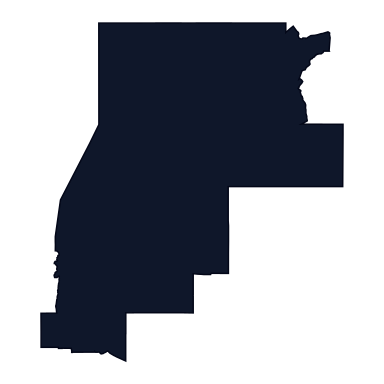 Flinders Ranges, South Australia, Australia (Albers equal-area conic projection)
{"feature_id": "25037944B48952282466613", "entity_name": "Flinders Ranges", "entity_type": "district", "adm_level": 2, "iso_a3": "AUS", "parent_name": "Australia", "parent_adm1": "South Australia", "projection": "albers", "projection_center": [138.36, -32.133], "detail": "fine", "context": "isolated", "style": "filled", "palette": "ink", "viewbox_px": 384, "rotation_deg": 0, "n_neighbors": 0, "source": "geoboundaries", "source_scale": "gbopen_adm2", "svg_char_len": 4297}
<svg xmlns="http://www.w3.org/2000/svg" viewBox="0 0 384 384"><path d="M342.7,186.6L342.7,186.1L343.0,134.3L343.0,124.3L301.3,124.2L307.2,120.9L307.2,120.3L306.7,117.8L306.8,116.9L306.7,116.0L306.4,115.2L305.9,113.2L305.9,109.7L305.5,108.2L305.7,105.0L305.0,103.0L304.9,102.9L304.3,102.0L303.9,101.6L303.1,100.5L302.7,99.5L302.6,99.1L302.8,98.7L302.1,96.3L301.4,96.2L300.2,91.9L300.6,91.6L300.8,91.1L300.8,90.6L300.4,90.2L298.7,89.3L298.6,88.6L298.2,88.2L298.9,87.7L299.0,87.2L299.0,86.7L300.4,84.6L300.9,84.2L301.9,83.0L302.2,82.3L302.7,81.6L302.6,81.4L301.5,79.9L300.9,79.5L300.3,79.0L300.0,78.8L299.3,79.0L299.0,79.2L301.9,71.0L303.9,69.9L304.4,70.0L305.1,69.8L306.5,67.1L307.0,66.8L307.3,66.8L308.5,65.7L309.0,65.4L310.0,64.2L309.9,63.4L309.8,63.0L309.6,62.7L309.5,62.1L309.6,61.8L309.6,61.7L309.6,61.4L309.6,61.1L309.5,60.9L309.7,60.7L309.9,60.2L310.1,60.0L310.3,59.7L310.5,59.5L310.7,59.4L310.9,59.2L311.1,58.8L311.3,58.7L311.5,58.7L311.9,58.7L312.0,58.7L312.3,58.4L312.4,58.2L312.6,58.0L312.7,57.9L312.8,57.7L313.0,57.5L313.2,57.4L313.3,57.4L313.6,57.3L313.8,57.2L314.0,57.1L314.2,56.9L314.4,56.9L314.5,56.8L314.5,56.7L314.6,56.2L314.8,55.9L315.1,55.8L315.4,55.7L315.5,55.7L315.9,55.4L316.0,54.9L316.7,54.3L317.3,54.3L317.5,54.0L317.9,54.3L318.8,53.7L319.6,53.9L321.5,53.7L322.2,53.0L322.7,52.8L323.2,52.2L323.4,51.9L323.6,51.1L329.3,51.1L329.1,50.6L330.1,37.8L329.4,34.1L329.7,33.1L329.3,32.8L329.1,32.5L328.7,32.3L328.4,32.1L327.5,32.4L327.5,32.0L324.2,33.0L322.2,33.6L321.5,33.6L319.7,34.1L318.1,34.6L316.9,34.9L314.8,35.3L310.9,35.6L307.9,37.4L307.4,37.9L306.7,38.3L306.1,38.5L306.2,38.2L302.9,38.0L301.8,39.1L300.1,38.7L298.8,37.8L298.3,36.1L298.1,35.3L298.5,34.7L298.7,34.0L298.5,33.0L298.3,32.5L298.0,32.1L297.8,32.0L296.8,31.2L293.2,26.2L290.2,28.6L285.8,32.5L285.8,23.1L274.0,23.1L257.2,23.1L236.1,23.1L228.4,23.0L215.5,23.0L204.8,23.0L201.7,23.0L189.4,23.1L174.3,23.0L135.6,23.1L98.8,23.1L98.9,124.6L94.2,134.2L89.6,143.6L67.4,186.6L60.5,199.9L55.3,236.6L55.3,241.6L55.4,244.7L55.3,250.8L56.8,250.8L57.1,251.3L58.3,252.1L58.8,253.0L59.2,254.8L58.7,255.2L58.2,255.3L57.9,255.6L57.9,256.2L57.6,257.2L57.5,257.4L57.0,257.6L57.1,258.6L56.8,259.8L57.4,260.7L56.5,261.3L55.8,261.4L55.3,261.3L54.5,262.3L54.3,263.5L55.0,263.6L55.9,264.8L57.4,266.5L57.4,266.8L57.1,267.0L57.2,267.3L56.9,267.9L56.9,268.3L56.7,268.9L56.8,269.4L57.0,269.5L57.1,270.0L57.2,270.6L56.9,271.4L56.4,271.9L56.1,272.1L55.6,272.1L55.0,273.0L55.0,273.4L55.2,273.8L54.4,274.6L54.1,275.2L54.5,277.1L54.7,277.5L57.0,277.5L57.6,276.9L58.4,276.2L59.1,276.1L59.3,276.5L59.2,277.1L59.2,277.9L59.3,278.2L59.3,278.8L59.0,279.2L59.3,279.9L59.3,280.5L59.1,280.7L59.2,281.4L59.0,282.1L59.1,282.5L58.9,282.8L58.6,283.4L58.6,284.4L58.3,285.2L58.4,285.4L58.5,286.0L58.4,286.0L58.2,286.9L58.2,288.6L58.3,289.0L57.7,290.2L57.7,290.8L57.9,291.7L57.8,292.6L58.2,293.0L57.8,295.0L57.5,295.4L57.6,296.0L57.1,297.0L57.3,297.3L57.3,297.5L57.3,297.9L57.1,299.3L56.8,299.6L56.2,304.4L55.9,305.3L55.8,306.1L55.8,306.7L56.3,308.9L56.5,311.4L56.7,313.2L53.6,313.2L51.8,313.2L51.6,313.2L50.3,313.2L41.6,313.3L41.3,313.3L41.0,313.3L41.1,331.2L41.1,347.3L45.7,347.3L50.4,347.3L50.6,347.3L58.5,347.3L58.5,348.4L62.0,348.4L62.0,348.2L71.2,348.3L72.0,352.0L71.7,352.0L71.7,352.4L72.3,352.4L72.3,352.2L94.6,352.1L94.8,351.4L95.5,352.2L96.1,352.2L96.4,352.2L96.5,352.2L99.3,352.1L100.3,353.3L101.1,353.9L103.2,353.5L103.7,353.1L105.6,352.2L106.0,352.0L106.8,351.3L107.9,351.1L109.9,353.1L114.1,355.6L114.7,355.8L115.0,356.0L116.7,356.9L121.4,359.0L125.7,361.0L125.7,349.4L125.7,346.9L125.7,345.3L125.7,344.7L125.7,340.0L125.7,333.6L125.8,333.6L125.8,326.7L125.8,318.9L125.8,312.8L131.1,312.8L136.7,312.7L140.2,312.7L143.8,312.7L144.0,312.7L150.6,312.7L156.8,312.7L162.9,312.7L163.5,312.7L170.0,312.7L181.0,312.7L187.3,312.8L187.5,312.8L193.2,312.9L193.2,296.2L193.1,295.9L193.2,294.9L193.2,292.5L193.2,273.7L197.7,274.1L201.5,274.3L203.6,274.5L210.6,274.5L211.1,273.3L228.4,273.4L228.4,253.0L228.5,241.3L228.5,235.9L228.5,228.0L228.5,227.1L228.5,225.8L228.2,220.7L228.2,219.7L228.2,193.7L228.2,186.6L233.0,186.6L259.8,186.6L276.7,186.6L281.9,186.6L285.6,186.6L289.4,186.6L297.5,186.6L301.2,186.6L305.1,186.6L309.3,186.6L314.9,186.6L322.5,186.6L330.4,186.6L330.5,186.6L338.7,186.6L342.7,186.6Z" fill="#0f172a" stroke="#020617" stroke-width="1.5"/></svg>